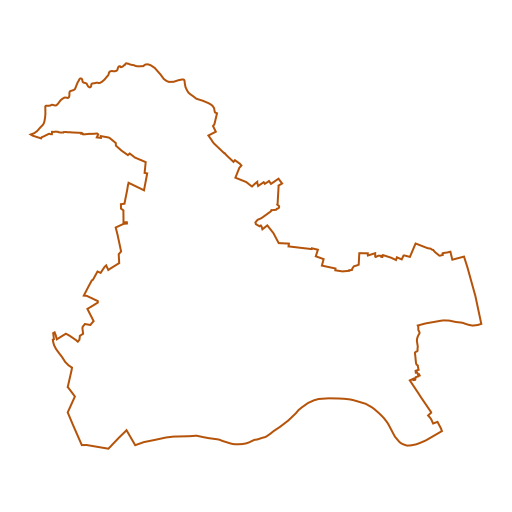 Tien Du, Bắc Ninh, Vietnam (Mercator projection)
{"feature_id": "81297802B37279419107484", "entity_name": "Tien Du", "entity_type": "district", "adm_level": 2, "iso_a3": "VNM", "parent_name": "Vietnam", "parent_adm1": "Bắc Ninh", "projection": "mercator", "projection_center": [106.031, 21.126], "detail": "fine", "context": "isolated", "style": "outline", "palette": "amber", "viewbox_px": 512, "rotation_deg": 0, "n_neighbors": 0, "source": "geoboundaries", "source_scale": "gbopen_adm2", "svg_char_len": 5887}
<svg xmlns="http://www.w3.org/2000/svg" viewBox="0 0 512 512"><path d="M190.0,94.0L188.5,92.7L187.0,90.3L185.5,87.1L184.8,83.3L184.5,80.6L183.9,79.7L182.5,79.4L178.5,80.2L173.6,81.8L168.9,81.9L166.6,81.0L163.8,79.0L160.6,74.6L154.7,67.9L150.6,65.2L147.8,64.3L145.6,64.5L144.5,65.0L143.4,66.1L139.8,66.3L137.7,66.3L135.6,66.0L134.2,65.3L133.4,65.1L132.2,65.0L129.8,64.4L128.3,63.7L127.4,63.7L126.7,63.3L126.1,63.3L125.5,63.8L125.0,64.7L124.7,65.1L123.9,65.3L123.3,66.1L122.7,66.5L121.4,67.1L120.6,67.1L119.9,66.2L119.0,66.4L118.4,66.9L118.0,67.8L117.3,70.0L116.6,70.7L115.2,71.2L113.9,71.3L111.8,71.0L110.1,71.4L109.1,72.3L108.7,73.9L108.2,75.3L106.7,76.9L104.5,79.6L101.9,81.8L100.2,82.8L99.0,83.1L97.8,82.8L96.5,82.7L95.2,83.1L92.2,83.5L91.6,83.9L91.3,84.6L91.1,86.3L90.5,87.1L89.8,87.4L89.1,87.1L88.1,86.4L86.6,83.6L85.8,83.2L83.3,82.5L82.8,82.0L82.5,81.2L82.2,79.6L81.7,78.8L80.8,78.4L79.9,78.7L79.3,79.4L78.8,80.6L77.8,82.1L76.9,84.2L75.5,87.8L74.9,89.1L74.3,89.6L73.5,90.1L70.3,91.1L69.7,91.8L69.4,92.9L69.4,95.7L69.0,97.1L68.4,97.7L67.7,98.0L66.2,97.6L64.3,97.6L61.8,99.2L60.4,100.5L58.0,103.7L56.5,105.2L55.6,105.5L54.2,105.3L52.4,104.8L51.7,104.8L50.1,105.6L47.9,105.8L46.2,105.7L45.6,106.0L45.3,106.5L45.3,107.3L45.4,113.7L45.1,117.4L44.5,121.0L43.8,123.3L43.0,124.7L40.0,127.8L37.1,131.1L34.2,133.2L30.7,134.5L32.5,135.6L41.1,138.4L41.6,137.3L44.4,136.1L45.8,135.3L46.2,135.2L48.7,133.9L49.4,133.8L50.6,134.2L51.9,134.2L52.0,131.9L54.4,131.9L55.1,131.7L56.7,131.7L57.9,131.8L58.2,132.1L60.1,132.5L63.3,132.5L63.6,132.1L65.3,132.0L68.7,132.3L70.2,132.2L71.1,132.4L81.5,132.9L81.3,133.7L82.8,133.8L82.8,134.2L82.9,134.3L85.1,134.3L86.5,134.1L88.1,134.0L89.3,133.8L90.1,133.9L93.7,133.8L96.8,133.5L97.4,133.6L98.2,134.4L96.8,137.4L100.9,137.9L100.8,136.1L108.0,137.4L109.4,137.8L114.8,142.2L115.8,143.1L115.9,145.6L116.3,146.0L121.6,150.7L127.9,155.1L129.7,153.5L135.0,157.6L145.7,162.1L144.6,172.9L147.2,173.4L144.0,190.3L128.6,182.8L128.4,184.3L128.1,184.4L127.1,190.4L124.7,202.4L124.5,203.7L120.9,204.2L121.0,208.6L123.4,210.4L123.5,222.4L126.8,222.2L127.0,223.5L123.5,223.9L115.7,227.5L117.6,235.0L121.1,251.5L118.7,254.2L119.2,263.1L110.6,268.4L108.3,270.0L106.2,265.4L104.5,267.0L100.6,272.9L97.5,271.5L93.0,279.7L91.8,280.4L88.5,286.5L83.8,295.6L86.8,295.9L97.8,301.1L97.8,302.6L87.4,308.9L93.6,321.1L90.3,325.0L84.9,324.0L82.7,326.8L82.4,328.1L83.1,333.8L79.9,335.8L79.4,339.8L77.8,341.7L75.9,340.0L69.4,335.6L65.9,333.7L56.8,339.3L55.7,335.1L54.6,332.3L53.2,333.1L53.9,339.3L52.8,339.8L53.2,342.1L54.0,345.0L55.9,348.8L59.0,353.1L62.1,357.1L65.1,361.8L68.5,365.3L72.0,367.6L71.6,370.1L67.7,387.2L68.3,387.7L74.9,396.5L67.7,412.4L72.7,424.3L81.8,445.1L86.5,445.0L108.4,448.7L119.3,437.3L125.2,431.6L126.5,430.2L135.2,445.2L143.9,442.1L154.9,439.9L166.0,437.5L173.4,436.6L189.6,436.2L196.5,435.7L204.6,437.4L209.0,438.2L217.4,439.3L219.8,439.8L222.0,440.8L230.7,443.5L233.3,444.1L236.3,444.3L241.8,444.1L245.7,443.5L248.8,442.5L254.5,439.8L256.0,439.7L257.9,439.3L262.3,437.8L265.2,437.1L266.0,436.7L269.6,434.3L273.9,430.9L279.8,427.0L287.8,420.9L290.2,418.7L296.0,413.1L298.4,410.2L301.8,407.4L308.0,403.0L314.0,400.3L318.6,399.0L328.7,398.3L338.4,398.5L344.5,398.8L349.8,399.4L353.2,400.1L356.7,401.1L365.7,403.8L372.2,407.5L374.8,409.5L379.0,413.2L380.7,414.8L383.8,418.0L385.9,420.7L387.6,423.0L388.6,424.7L393.8,434.6L395.1,436.9L399.1,441.6L400.2,442.6L401.2,443.3L402.5,444.0L405.6,445.2L407.3,445.6L410.9,445.4L416.0,444.4L420.1,442.9L425.7,440.5L441.9,431.1L441.0,428.5L437.5,421.9L433.1,423.5L431.2,419.3L430.0,417.6L428.1,415.5L431.2,412.6L431.0,412.0L420.9,397.2L418.8,393.9L409.8,380.4L413.5,378.7L413.5,380.1L415.2,379.8L415.7,377.2L418.5,376.3L418.5,375.6L419.6,375.4L419.1,374.3L418.0,374.5L417.2,372.5L415.8,372.7L415.6,370.8L418.6,369.8L418.0,367.0L417.8,365.5L416.9,364.9L416.4,364.3L416.0,363.0L415.2,355.1L414.9,353.4L415.0,352.6L415.2,352.4L415.9,351.8L417.0,351.3L417.5,350.9L417.6,350.2L417.5,348.6L417.8,346.8L416.9,341.0L417.0,339.1L417.4,337.6L418.0,336.0L418.7,334.7L419.2,333.9L419.5,333.2L419.5,332.3L418.4,330.2L418.3,329.4L418.3,326.6L417.8,325.5L425.7,323.4L441.7,320.6L443.8,320.4L449.3,320.6L455.8,322.0L461.5,322.6L463.5,323.1L465.6,323.9L468.9,324.9L472.7,325.6L477.7,325.0L481.3,323.9L475.4,296.1L467.5,267.6L464.0,256.6L452.3,259.7L450.4,251.7L447.8,252.4L442.9,253.1L442.5,253.4L442.8,254.9L439.9,255.7L439.3,255.6L434.8,251.9L434.1,251.1L433.3,250.0L432.3,249.8L430.5,248.6L429.4,248.5L427.4,248.1L415.6,243.5L409.9,256.9L404.2,255.4L403.5,255.6L401.7,259.4L396.9,257.3L396.0,260.0L390.8,257.6L383.0,255.1L382.4,257.0L381.3,256.9L381.3,255.8L378.5,255.7L378.2,255.8L375.7,257.0L375.2,256.6L375.2,253.2L367.9,255.5L367.7,254.1L367.8,253.3L359.7,253.2L359.3,253.2L358.7,264.7L356.7,265.5L354.8,266.0L353.8,266.4L352.6,268.1L352.0,269.3L351.9,270.0L349.3,270.2L349.3,270.8L342.4,271.4L335.3,270.3L335.5,268.5L321.9,265.6L323.6,259.1L315.8,256.3L317.9,249.7L311.9,248.3L311.7,249.1L288.5,246.4L288.9,243.6L278.7,243.1L273.4,233.1L267.3,225.4L262.4,229.3L261.6,226.6L260.8,225.5L259.6,226.3L255.9,224.2L255.4,222.4L257.6,219.8L260.9,218.4L261.2,218.3L269.0,212.7L270.9,211.3L271.4,210.1L272.1,210.2L273.7,210.0L275.0,209.9L276.2,209.7L276.8,208.8L277.8,208.6L278.9,207.8L279.1,207.1L279.1,206.3L278.8,205.8L277.2,204.6L277.6,203.6L278.6,186.1L278.5,185.6L282.1,183.5L278.5,178.7L271.0,183.9L269.0,181.0L267.7,182.0L264.8,183.8L263.7,182.2L258.1,186.0L257.2,182.5L257.2,181.9L255.2,183.5L252.0,186.5L251.1,185.9L246.2,182.0L235.4,177.7L239.3,167.9L241.4,165.5L239.5,163.4L238.8,163.0L234.9,160.2L233.5,161.9L226.0,154.8L224.9,153.3L224.4,153.0L224.2,153.2L213.9,143.4L212.2,141.2L211.9,140.5L208.4,135.5L215.8,131.7L213.0,126.0L214.3,124.5L214.9,122.2L217.0,113.3L215.1,112.5L214.7,111.6L214.1,108.3L213.0,106.4L211.5,104.9L208.6,103.2L203.2,100.9L196.3,98.7L193.1,96.2L190.0,94.0Z" fill="none" stroke="#b45309" stroke-width="2"/></svg>